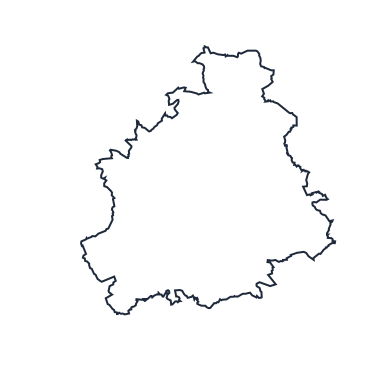 outline of San Juan de los Lagos, Jalisco, Mexico, rotated 64°
{"feature_id": "50627088B93334545972331", "entity_name": "San Juan de los Lagos", "entity_type": "district", "adm_level": 2, "iso_a3": "MEX", "parent_name": "Mexico", "parent_adm1": "Jalisco", "projection": "natural_earth1", "projection_center": [-102.298, 21.254], "detail": "fine", "context": "isolated", "style": "outline", "palette": "slate", "viewbox_px": 384, "rotation_deg": 64, "n_neighbors": 0, "source": "geoboundaries", "source_scale": "gbopen_adm2", "svg_char_len": 5955}
<svg xmlns="http://www.w3.org/2000/svg" viewBox="0 0 384 384"><g transform="rotate(64 192 192)"><path d="M118.5,65.2L117.4,67.4L112.6,71.7L112.4,72.5L111.2,72.5L109.3,74.8L106.8,74.6L104.3,72.8L101.8,71.8L98.8,71.8L97.3,71.0L94.2,71.6L92.9,72.7L89.3,80.1L89.2,87.1L87.4,88.9L88.1,90.1L90.2,91.3L90.7,92.2L87.7,95.2L85.3,100.1L84.5,100.1L84.9,102.3L82.9,102.1L82.8,103.5L79.6,108.4L76.1,111.8L75.5,114.4L69.0,114.3L68.5,115.4L66.7,116.8L67.8,117.4L67.8,118.7L72.2,119.6L71.3,122.4L71.5,123.8L72.6,126.5L72.5,127.7L75.3,133.8L75.7,132.0L78.9,130.3L79.4,128.9L81.9,126.6L84.2,126.1L85.9,126.7L86.7,127.8L87.9,128.0L89.9,130.4L92.5,130.7L94.2,132.0L95.4,132.0L98.1,133.4L100.7,133.1L104.2,133.8L106.2,133.7L107.3,132.9L109.1,133.6L110.5,132.4L109.0,137.1L108.1,137.4L107.2,143.4L105.7,144.3L101.3,149.3L98.0,154.8L95.6,152.0L94.5,153.3L93.5,158.4L92.2,158.6L94.3,165.6L92.7,170.4L93.4,172.6L94.7,171.4L96.1,171.2L98.6,171.6L99.7,172.9L103.6,174.4L104.3,170.5L102.8,165.3L103.2,163.9L104.8,164.4L106.6,166.0L108.7,170.9L110.2,171.3L114.8,170.2L116.0,172.1L116.9,177.7L115.1,178.5L113.6,180.8L112.2,180.9L111.7,182.3L109.5,181.7L112.9,187.1L114.7,187.7L115.3,192.7L116.6,194.0L117.1,197.3L118.1,199.1L118.4,201.3L119.0,202.2L118.8,204.0L113.7,206.3L112.0,208.5L109.8,208.2L108.3,209.9L105.2,209.4L103.8,210.3L108.9,212.4L110.7,214.2L111.1,215.8L112.2,215.9L112.2,216.5L114.9,217.1L116.5,216.9L118.8,218.4L119.0,219.1L120.6,219.0L120.3,219.8L119.6,219.7L119.3,221.5L118.6,222.4L118.7,223.9L117.9,224.6L117.0,227.0L116.4,227.1L116.7,228.8L115.8,229.4L124.2,226.3L125.3,226.9L127.4,230.8L130.2,231.8L130.5,232.9L132.1,233.2L132.4,234.6L133.3,234.7L132.9,235.5L126.2,239.6L124.5,239.8L121.8,241.9L118.3,246.7L118.8,247.6L119.6,247.2L122.9,247.5L124.1,247.8L124.3,248.7L125.6,249.4L126.5,249.3L123.4,257.3L122.7,260.9L124.9,261.5L125.2,263.5L124.9,266.4L128.2,266.0L129.3,267.0L130.2,264.7L132.2,262.7L134.5,263.2L136.9,266.1L138.9,267.2L139.6,267.2L141.1,266.0L141.0,264.1L141.8,265.2L144.1,263.9L145.7,267.1L148.3,268.3L150.4,266.2L156.0,264.3L157.6,264.2L159.8,265.6L163.4,264.4L163.6,266.1L170.8,268.0L170.9,270.0L172.4,271.6L175.9,271.6L176.4,272.7L178.3,273.1L178.6,274.5L182.1,275.5L188.2,283.3L187.8,285.1L189.0,286.7L188.4,294.4L189.5,298.2L187.9,301.0L188.3,302.0L187.9,307.2L187.3,307.1L188.1,308.3L187.9,313.1L189.5,314.2L191.9,314.6L192.0,313.9L192.9,314.2L193.1,313.8L201.2,314.4L201.6,317.4L203.3,318.9L204.7,317.5L207.2,318.2L208.5,316.7L211.3,315.8L212.6,316.5L215.7,317.0L217.0,315.8L222.7,315.9L224.0,314.9L228.6,315.0L231.5,313.6L233.1,312.5L233.9,299.0L238.4,299.5L238.9,302.4L240.5,303.2L240.5,307.3L244.4,310.4L245.8,310.5L249.2,308.8L249.7,316.1L255.8,316.9L257.3,315.7L262.3,314.7L263.8,313.8L266.0,314.1L267.4,312.3L268.8,312.9L269.1,312.3L268.6,310.4L270.1,309.5L271.0,307.4L272.5,306.1L273.6,301.8L270.9,301.3L270.3,299.3L270.9,298.8L270.9,298.0L269.3,297.2L269.0,296.3L269.5,294.4L269.1,292.1L268.0,291.4L266.2,288.8L264.9,289.5L264.0,288.9L267.7,282.9L269.3,282.1L268.9,280.7L267.4,281.5L268.7,278.9L267.4,274.7L267.8,273.9L269.3,274.0L268.6,271.7L268.6,268.7L269.4,267.1L268.0,266.3L270.1,265.7L270.9,264.3L273.0,264.3L273.5,263.6L271.0,259.8L272.2,258.9L269.7,258.4L269.8,256.6L270.9,256.0L272.8,256.6L273.6,259.2L275.9,261.2L277.4,260.9L280.1,258.7L284.2,260.1L284.4,258.8L283.0,255.1L283.6,253.6L284.9,253.1L284.5,251.5L284.9,250.4L283.4,251.1L282.3,249.8L281.1,249.8L279.5,250.9L279.0,252.0L273.0,250.4L274.8,245.8L276.5,244.1L280.2,243.9L282.2,243.3L282.9,242.4L285.2,242.3L286.0,238.7L285.5,236.6L288.9,236.8L287.8,236.0L288.7,235.2L289.2,236.0L289.4,233.8L290.9,233.9L290.8,235.0L293.4,234.4L294.1,236.0L295.0,236.2L298.2,233.5L300.2,229.7L301.7,229.5L303.7,227.9L304.2,226.4L301.6,220.7L302.5,219.3L302.0,217.6L302.7,216.6L300.7,213.8L302.2,213.0L302.2,211.6L303.6,208.3L303.1,203.3L304.4,200.4L304.2,199.4L304.8,199.2L306.1,196.6L305.7,191.2L307.0,188.2L307.9,184.0L311.3,183.2L315.0,180.3L313.9,179.2L316.5,178.3L317.3,176.2L317.2,175.5L312.3,173.4L311.1,173.9L307.9,173.3L305.2,175.0L304.1,175.0L302.8,174.1L302.7,170.9L310.8,163.0L311.7,157.2L299.9,159.9L300.3,155.7L297.9,155.0L297.7,153.8L295.3,152.7L295.4,151.7L289.5,152.7L288.1,154.9L286.4,153.7L288.7,150.3L289.7,146.8L292.9,144.6L292.9,142.6L293.9,141.3L293.9,140.2L293.0,139.9L294.5,136.4L293.0,136.0L292.9,131.0L291.9,130.9L292.7,124.2L294.8,117.8L296.9,116.0L300.7,115.5L306.3,112.4L304.6,111.8L303.1,104.9L304.0,103.7L301.6,98.9L301.2,96.7L300.5,96.1L301.0,95.3L300.3,93.9L300.4,93.0L299.6,92.5L299.3,88.4L300.6,86.1L299.1,85.0L297.6,87.2L296.2,86.3L294.6,86.9L292.8,90.1L291.6,89.3L290.2,89.5L289.9,88.6L289.6,89.4L288.2,88.7L286.3,85.6L285.3,85.4L281.9,81.7L280.6,81.3L280.1,79.1L279.2,78.1L278.5,81.3L271.5,82.3L269.3,84.7L267.4,85.6L264.9,85.2L263.3,87.3L261.6,88.2L259.1,88.2L257.1,89.3L255.6,89.1L254.2,88.3L254.5,86.7L255.9,84.8L255.1,80.1L258.0,74.5L257.9,73.1L256.8,73.7L252.8,73.7L252.9,76.1L250.9,76.0L248.1,78.3L247.8,77.7L246.9,78.1L247.1,80.3L246.5,80.4L245.7,84.4L245.7,84.8L247.0,84.7L246.9,87.0L245.8,87.1L245.2,90.0L235.9,89.8L237.2,86.3L235.1,84.8L231.3,84.1L226.5,79.8L225.7,78.1L224.1,79.1L223.3,80.8L222.7,80.5L222.1,81.7L221.1,81.9L221.3,83.2L220.9,82.7L220.1,84.1L217.7,84.2L217.0,83.6L215.5,84.7L215.0,84.5L214.5,85.1L215.0,86.8L212.8,87.2L212.4,88.3L210.6,87.0L209.6,88.6L207.0,88.5L205.4,87.2L204.4,87.8L202.7,87.7L201.3,89.3L200.3,89.0L200.2,89.5L199.3,89.7L198.6,89.5L198.7,88.9L192.8,87.4L192.6,86.7L191.3,86.4L191.0,88.1L188.8,87.7L188.4,86.8L186.6,85.6L182.6,84.9L182.1,82.0L180.3,78.7L180.8,77.7L179.7,76.0L178.6,75.8L178.7,74.7L177.7,74.5L177.9,72.4L176.6,71.7L178.2,68.8L170.5,65.1L166.6,67.2L164.9,67.3L164.2,69.3L163.2,70.0L149.9,76.2L147.0,79.1L146.2,79.2L145.1,81.6L143.9,81.6L143.9,83.3L143.0,83.4L143.6,84.6L142.9,86.5L142.5,85.8L140.2,86.4L139.0,85.7L136.8,87.0L135.3,84.3L130.3,83.7L129.9,76.9L128.4,71.2L125.2,71.3L124.8,70.5L122.6,70.1L122.1,67.3L118.5,65.2Z" fill="none" stroke="#1e293b" stroke-width="2"/></g></svg>